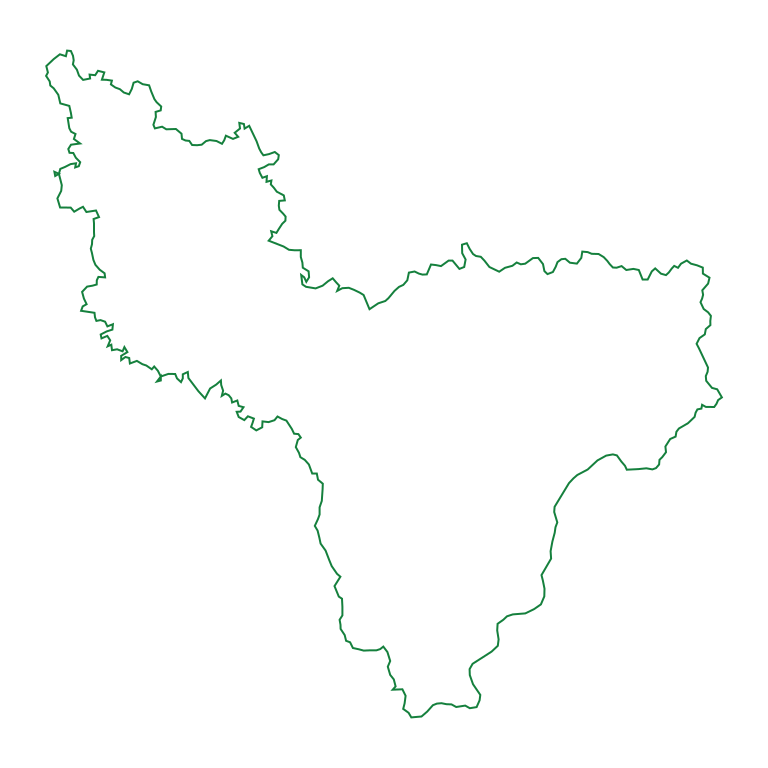 outline of Alvorada do Norte, Goiás, Brazil
{"feature_id": "56859067B77033766628093", "entity_name": "Alvorada do Norte", "entity_type": "district", "adm_level": 2, "iso_a3": "BRA", "parent_name": "Brazil", "parent_adm1": "Goiás", "projection": "albers", "projection_center": [-46.67, -14.571], "detail": "fine", "context": "isolated", "style": "outline", "palette": "green", "viewbox_px": 768, "rotation_deg": 0, "n_neighbors": 0, "source": "geoboundaries", "source_scale": "gbopen_adm2", "svg_char_len": 6007}
<svg xmlns="http://www.w3.org/2000/svg" viewBox="0 0 768 768"><path d="M551.1,558.6L550.6,551.2L552.4,541.5L554.7,532.8L555.5,527.2L557.3,522.4L554.2,512.0L554.6,506.8L569.0,483.1L573.5,478.3L577.3,475.0L587.7,469.5L597.5,460.4L606.2,455.6L612.9,454.4L616.9,455.4L621.3,461.5L625.0,465.8L626.8,469.7L638.4,469.1L646.4,468.3L652.4,469.4L656.0,468.1L659.1,464.5L659.5,459.8L662.2,457.2L666.0,452.2L665.4,446.5L670.2,439.0L675.6,436.6L676.4,431.8L678.9,428.5L688.0,423.2L694.6,416.9L695.6,412.7L697.4,409.4L701.4,408.6L702.1,404.8L705.8,406.9L714.2,407.0L716.5,403.8L718.1,400.1L721.9,397.4L717.2,389.3L712.0,387.9L706.2,380.8L705.8,376.1L707.6,371.8L708.0,367.5L699.0,348.4L696.6,343.8L699.5,338.1L704.8,334.4L705.8,329.1L710.4,325.1L710.3,321.0L710.9,315.9L708.1,312.3L703.7,309.0L700.5,302.2L702.1,298.6L703.1,294.8L702.3,290.3L708.1,283.6L709.5,277.7L702.9,273.6L702.8,267.6L697.0,265.3L691.0,263.7L686.8,260.5L681.0,263.7L678.0,267.8L674.2,265.9L671.7,268.6L668.8,272.5L666.0,275.1L661.0,273.7L655.2,268.4L651.8,271.4L647.7,279.5L642.6,279.5L638.8,270.0L633.4,268.9L626.3,270.0L621.6,266.1L616.6,267.7L612.9,267.5L609.7,264.1L607.3,260.9L603.7,257.1L598.6,254.0L591.7,253.8L587.7,252.1L582.3,251.6L581.3,257.9L576.9,263.6L569.9,262.7L565.3,258.8L561.4,259.2L557.5,262.1L555.7,266.8L552.9,272.0L547.5,274.1L544.4,271.1L543.0,264.1L538.2,257.9L532.9,258.1L525.2,263.7L520.8,264.3L516.7,262.5L512.4,265.8L505.0,267.8L499.2,271.7L489.4,267.0L484.4,260.6L480.8,256.8L476.0,256.0L473.0,254.0L469.6,248.8L466.8,243.2L462.0,244.7L462.2,253.2L465.6,259.5L464.2,267.0L459.4,268.9L452.5,260.6L448.6,260.6L441.0,266.1L436.0,265.1L431.0,264.5L426.8,274.4L422.5,274.6L418.9,273.6L414.6,271.5L408.9,272.6L407.3,280.3L403.3,284.9L399.0,286.9L394.5,290.9L388.5,298.1L385.3,301.0L378.3,303.3L369.5,309.2L363.6,295.0L359.7,292.6L353.9,289.8L348.8,287.8L342.3,288.2L337.2,290.9L339.3,285.7L336.2,282.4L332.7,278.3L328.1,281.2L322.6,285.7L315.6,288.4L306.0,286.8L302.4,284.4L301.2,275.0L304.2,277.3L306.3,281.8L309.1,277.3L308.6,271.3L302.8,267.7L302.4,262.6L300.8,257.0L300.8,250.2L295.0,250.3L289.0,249.8L283.6,246.5L268.7,240.7L272.4,236.2L271.2,231.3L276.4,232.9L278.8,229.0L282.2,223.8L285.4,220.7L285.6,216.6L283.2,213.7L279.4,209.8L278.8,205.7L279.2,200.9L284.8,200.4L283.8,195.4L276.8,191.7L273.8,187.7L270.8,184.4L271.4,180.5L266.5,181.8L266.9,176.2L262.4,177.8L259.8,172.9L258.7,169.2L264.2,167.1L268.8,164.4L273.6,164.4L278.2,159.2L278.8,155.1L274.8,152.0L269.0,154.1L263.4,155.3L261.2,152.3L259.2,148.5L256.6,141.3L249.2,125.8L244.6,128.6L243.9,124.0L239.3,122.9L240.0,128.5L234.7,132.8L238.2,136.8L233.0,138.9L225.9,135.7L224.2,140.3L222.0,143.8L216.5,141.0L209.8,140.1L206.0,141.1L201.7,144.7L197.1,145.2L192.1,145.0L189.3,140.9L185.5,140.5L182.0,138.9L181.5,133.7L175.9,129.0L166.3,129.3L162.1,126.7L154.9,128.4L153.4,124.8L155.9,117.0L155.6,111.9L160.7,110.4L161.2,106.5L156.6,102.2L154.4,99.1L151.2,91.4L149.1,85.3L142.7,84.2L137.7,81.3L133.6,82.7L131.8,88.9L129.1,94.3L123.8,92.5L119.9,89.2L115.3,87.5L110.9,84.4L111.9,80.6L106.3,79.8L101.9,79.7L104.3,72.4L98.0,70.8L95.2,75.2L89.6,74.6L90.1,78.5L83.1,79.9L79.0,75.6L76.9,69.7L72.9,64.4L73.7,60.3L73.0,55.8L70.9,51.0L67.1,50.6L65.9,56.2L59.9,54.3L53.7,59.1L46.3,66.1L47.9,72.5L46.1,75.9L49.7,81.4L50.3,85.5L53.7,88.3L58.3,94.8L60.3,103.4L69.3,105.9L70.9,112.9L71.7,117.7L67.7,118.1L69.3,128.2L71.1,131.7L75.5,134.0L73.9,139.0L80.1,143.5L71.0,144.7L68.3,149.0L69.5,152.8L73.3,153.0L75.8,157.7L80.2,162.2L78.8,166.2L75.2,167.4L76.0,163.3L70.6,164.1L64.9,167.0L60.3,168.9L58.9,173.8L61.8,185.2L61.2,190.9L57.4,198.4L60.1,207.5L70.7,207.6L74.2,211.7L79.6,208.5L83.0,206.8L86.4,212.0L96.0,210.5L99.0,217.1L93.6,219.0L94.0,223.4L94.0,232.2L94.2,236.1L92.2,239.8L92.0,244.2L90.8,248.7L91.9,252.8L93.4,259.9L95.4,264.8L99.7,269.7L104.6,273.3L105.1,277.4L98.4,276.9L96.8,280.3L96.7,284.5L92.4,285.7L87.1,286.6L82.1,291.9L83.9,298.5L86.6,304.2L82.7,306.4L81.1,310.8L94.5,312.8L95.0,317.3L96.4,320.9L100.5,320.1L105.1,321.7L107.4,326.4L112.9,324.2L112.4,329.6L106.7,331.4L100.7,334.5L101.5,338.4L107.3,335.9L110.2,340.3L107.7,346.3L111.3,344.7L112.0,350.2L117.1,349.3L122.6,351.3L124.4,347.1L127.4,352.1L121.2,355.8L121.2,360.1L125.4,357.0L129.2,358.0L129.9,363.5L136.9,360.9L142.4,364.2L146.3,365.5L151.8,369.3L154.2,366.5L157.9,370.8L160.8,376.5L168.4,373.9L175.2,374.0L177.0,378.4L181.0,382.1L182.8,378.4L182.8,374.3L187.8,372.0L188.4,378.0L198.4,391.2L205.0,398.4L210.1,388.5L216.2,384.6L220.9,380.5L221.2,385.0L223.1,390.7L221.8,395.9L225.4,393.6L228.7,395.2L231.3,398.4L232.1,402.5L237.3,400.5L238.7,405.9L243.5,407.2L240.5,411.6L236.7,411.8L238.7,417.0L244.3,420.1L247.9,416.3L253.9,418.6L252.5,423.1L251.1,426.9L256.3,430.4L262.2,427.3L262.5,421.4L268.6,422.1L274.5,420.2L277.5,416.5L282.1,419.0L286.4,420.6L291.8,428.9L294.1,433.7L298.4,434.1L300.8,437.6L297.8,440.0L295.8,447.1L299.0,452.9L300.4,457.2L304.8,459.9L308.9,464.5L312.2,473.5L316.8,473.5L318.0,479.7L322.8,483.7L322.6,489.2L321.8,500.9L319.6,507.3L319.6,514.5L318.0,519.0L314.8,525.9L317.6,530.6L319.4,537.9L320.6,543.6L325.6,550.6L329.2,560.0L331.7,566.1L337.0,573.8L340.4,576.7L334.5,586.1L338.8,596.6L342.0,598.7L342.4,606.8L342.4,615.4L339.6,619.8L340.5,624.8L340.6,628.9L344.7,635.1L346.1,640.8L350.1,642.3L352.9,648.0L358.9,649.3L363.7,650.6L370.5,650.3L376.5,650.3L380.2,649.1L383.3,646.6L387.4,652.0L390.2,661.0L387.8,666.7L390.2,674.9L393.8,679.4L395.6,686.4L392.7,689.7L402.4,689.3L405.6,695.8L404.6,703.4L403.2,708.9L408.6,712.8L411.3,717.4L421.5,716.5L427.2,711.6L432.9,705.2L436.9,703.6L441.5,703.2L446.4,704.2L451.5,704.4L456.2,707.0L465.2,705.6L469.8,708.2L476.6,707.1L479.6,700.3L480.3,694.9L473.0,684.2L469.8,675.1L469.6,669.1L472.6,663.8L491.6,651.6L497.8,645.8L498.6,639.4L497.2,630.4L497.6,623.8L503.4,619.7L507.0,616.3L512.8,614.4L525.3,613.4L534.1,609.1L540.9,604.4L544.3,596.4L544.5,588.7L542.9,580.7L541.5,575.1L551.1,558.6ZM58.9,173.8L54.4,171.8L55.2,176.0L58.9,173.8ZM160.8,376.5L157.0,381.5L160.8,380.5L160.8,376.5Z" fill="none" stroke="#15803d" stroke-width="2"/></svg>